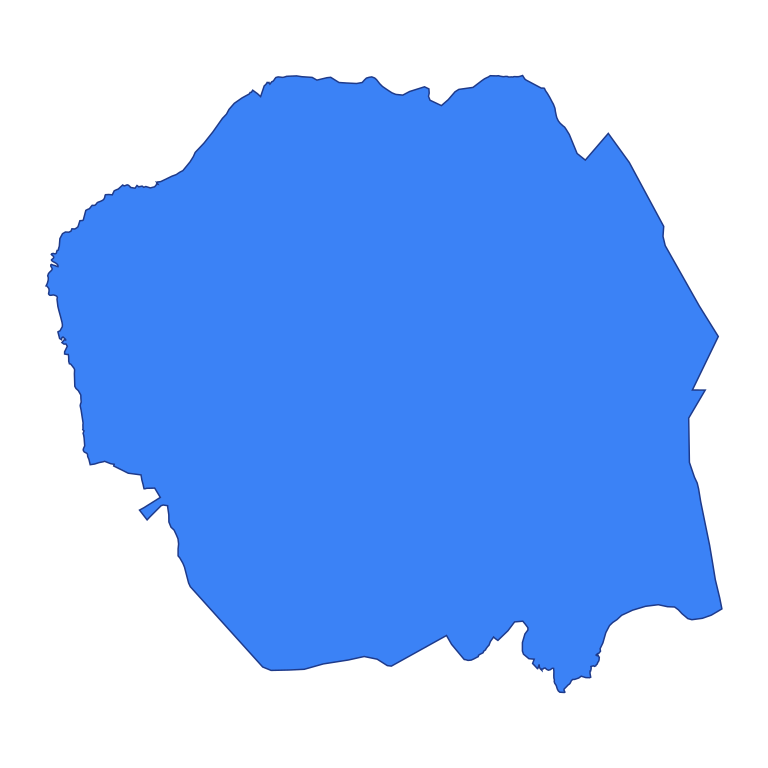 Angangueo, Michoacán, Mexico
{"feature_id": "50627088B88848492345112", "entity_name": "Angangueo", "entity_type": "district", "adm_level": 2, "iso_a3": "MEX", "parent_name": "Mexico", "parent_adm1": "Michoacán", "projection": "natural_earth1", "projection_center": [-100.311, 19.628], "detail": "fine", "context": "isolated", "style": "filled", "palette": "blue", "viewbox_px": 768, "rotation_deg": 0, "n_neighbors": 0, "source": "geoboundaries", "source_scale": "gbopen_adm2", "svg_char_len": 5868}
<svg xmlns="http://www.w3.org/2000/svg" viewBox="0 0 768 768"><path d="M608.3,133.4L604.4,137.9L585.3,160.1L577.1,153.5L569.3,134.5L566.1,129.3L564.6,127.1L562.8,125.7L560.1,123.2L558.3,120.9L556.8,117.7L556.3,115.8L555.4,111.5L555.0,108.6L554.7,107.6L553.4,104.2L552.0,101.7L549.7,97.3L547.2,93.1L546.1,91.6L545.3,90.3L544.6,88.7L544.2,88.2L543.0,88.1L541.3,88.1L539.0,86.9L526.2,80.1L524.8,79.0L523.4,76.8L522.6,75.5L519.8,76.4L518.3,76.7L516.2,76.7L515.0,76.6L514.0,76.6L512.9,77.0L511.2,76.9L510.1,77.0L508.7,77.0L508.2,76.9L507.6,76.5L506.5,76.4L505.7,76.4L503.7,76.7L502.6,76.6L500.2,76.2L498.5,75.7L496.7,75.9L492.7,75.8L490.4,75.7L489.6,76.1L488.5,76.9L486.7,77.7L484.5,78.8L481.9,80.6L473.0,87.4L458.8,89.4L455.0,91.8L448.2,99.7L441.4,105.6L430.0,100.2L428.5,96.3L429.2,93.1L428.9,88.9L424.5,86.8L409.6,91.5L402.8,95.1L395.8,94.4L391.9,92.8L387.3,89.8L382.5,86.5L379.7,83.7L376.5,79.6L374.7,78.0L371.8,76.9L369.1,77.3L366.4,78.1L364.6,79.8L362.2,82.5L356.6,83.5L346.4,83.0L339.0,82.5L330.7,77.3L327.0,77.7L316.9,80.1L312.2,77.4L301.8,76.7L296.6,75.9L286.7,76.3L283.9,77.2L282.3,77.4L281.0,77.2L278.1,76.9L275.9,77.5L274.8,78.8L274.0,80.1L272.8,81.4L271.8,81.7L269.9,84.1L268.9,82.4L268.1,82.9L267.2,82.4L265.9,84.4L264.2,85.9L260.6,96.6L257.5,93.7L252.7,90.2L251.3,92.4L250.2,92.4L249.2,94.0L245.5,96.0L241.9,98.0L234.3,103.3L229.0,109.4L226.5,114.1L222.4,118.4L212.8,132.0L203.9,143.2L195.2,152.4L193.4,156.5L190.1,161.8L182.9,170.6L179.8,172.2L176.0,174.7L172.1,176.1L160.7,181.6L157.5,182.0L157.4,182.6L156.7,182.4L157.9,184.2L156.6,183.9L156.2,185.0L154.6,186.8L150.3,187.9L145.8,186.5L143.8,187.3L142.1,186.1L138.7,186.8L137.0,185.5L135.0,188.2L130.4,187.4L130.2,186.8L128.7,185.4L127.7,184.9L126.6,185.0L125.3,185.6L124.1,185.9L122.7,185.0L118.3,189.0L116.1,189.9L114.2,190.8L112.3,194.8L108.8,194.5L105.6,194.7L105.1,195.2L105.0,196.0L104.7,197.3L104.2,198.6L103.4,199.7L102.2,200.5L100.3,201.4L98.0,202.2L96.9,203.0L96.0,204.3L94.8,205.3L93.1,205.4L92.2,205.3L91.4,206.2L89.4,208.7L87.4,209.5L85.8,210.4L83.3,219.9L82.6,220.5L79.9,220.7L78.0,226.7L76.5,228.0L74.7,229.0L71.9,228.8L71.0,231.1L68.9,232.2L65.4,232.0L62.5,233.7L59.9,238.6L59.3,246.2L58.5,248.7L58.4,249.8L57.8,250.4L57.1,250.4L56.6,251.9L56.5,252.9L55.7,253.7L54.5,253.8L53.1,253.4L51.7,253.8L51.3,254.4L51.8,255.0L53.0,255.9L53.6,256.7L53.7,257.7L53.2,258.4L52.7,258.8L51.9,259.4L51.4,260.0L51.9,260.8L53.0,261.6L55.1,262.7L55.8,263.1L57.5,264.5L58.0,265.7L58.0,266.6L57.1,266.5L55.1,265.6L53.1,265.1L51.4,264.4L50.8,264.9L50.8,266.2L51.6,267.5L52.3,269.0L51.5,270.4L49.8,272.0L48.5,273.5L47.7,275.8L48.3,277.7L48.2,280.1L47.3,283.4L46.1,285.8L46.6,285.8L48.0,287.4L48.8,288.5L49.1,290.2L48.9,292.2L48.6,293.2L48.6,294.0L49.5,295.1L50.3,295.3L51.7,295.2L53.3,294.9L55.4,295.5L56.7,296.2L57.4,297.4L57.0,299.2L57.9,306.5L58.9,310.6L60.7,317.2L62.0,322.3L62.4,324.7L62.3,326.7L60.0,330.8L58.7,331.4L57.9,331.9L58.6,334.6L59.1,336.5L59.6,338.5L61.5,339.7L62.0,337.5L63.0,337.0L65.6,339.4L65.6,340.0L64.2,339.8L61.9,342.6L64.0,344.1L66.0,344.0L67.0,345.8L67.3,346.2L64.6,351.8L64.6,354.0L66.5,354.4L68.3,354.5L68.6,356.3L68.7,358.8L68.7,361.2L69.4,363.8L70.6,364.0L71.4,364.9L74.1,368.4L74.6,369.8L74.4,373.7L74.8,386.3L76.0,388.5L78.3,390.6L80.3,394.1L80.8,395.1L80.9,398.3L81.2,402.2L80.7,403.4L80.2,405.4L80.3,406.4L81.1,410.1L83.1,423.1L82.9,424.8L83.0,428.8L82.7,429.6L84.0,430.9L83.1,433.3L83.7,435.4L84.1,438.0L84.7,445.9L83.6,448.2L83.2,449.6L83.4,450.7L84.3,452.0L86.8,453.3L87.5,454.3L87.7,456.6L88.9,459.3L90.2,464.7L94.7,464.0L99.1,462.6L103.1,461.8L104.6,461.3L110.7,463.7L114.2,464.3L113.7,466.0L128.2,473.2L136.5,474.3L141.0,474.9L141.9,480.1L143.1,484.6L143.9,488.3L144.1,488.8L145.3,488.7L146.6,488.3L154.7,488.1L160.3,497.4L143.9,507.7L139.5,510.1L147.1,519.9L150.1,516.7L161.1,505.7L163.2,505.0L167.6,505.7L167.7,507.1L168.8,514.8L168.9,522.0L171.0,527.2L174.1,530.1L176.4,535.0L178.0,538.8L178.6,544.0L178.1,548.9L178.1,555.9L179.8,557.9L182.9,563.3L184.5,567.2L188.6,583.0L190.3,586.7L262.7,667.0L271.1,670.4L289.2,670.0L304.2,669.3L323.4,663.9L348.3,660.0L364.2,656.5L377.2,659.2L387.3,665.6L391.4,666.1L446.5,635.5L451.6,644.4L464.2,659.5L465.8,659.7L468.0,660.4L471.2,660.1L473.9,658.9L476.5,657.5L478.3,656.6L478.5,655.3L480.2,654.2L483.0,652.8L483.8,651.1L485.5,649.9L486.2,648.5L487.9,646.3L488.9,645.4L490.4,641.5L493.6,637.0L494.2,637.6L495.2,638.5L496.1,639.2L497.9,640.4L507.9,630.8L514.6,621.9L522.8,621.2L525.2,624.1L527.9,627.7L527.9,630.0L524.9,634.0L522.4,642.6L522.4,651.0L523.5,654.2L528.9,658.7L534.2,659.2L532.6,663.5L537.5,668.7L537.8,668.6L539.2,664.4L539.3,666.6L540.1,668.6L541.9,670.4L541.7,669.0L543.0,669.0L543.3,668.7L544.1,668.1L545.3,668.1L545.9,668.7L546.5,669.3L548.4,670.2L550.3,669.7L552.2,668.3L553.6,668.4L553.9,671.5L553.8,675.3L553.9,678.0L554.4,680.0L554.2,681.5L554.7,683.2L556.2,685.5L557.3,689.0L558.3,690.9L559.8,692.2L562.9,692.4L564.3,692.5L564.9,692.1L564.0,690.2L564.1,689.1L568.4,684.7L569.4,684.1L570.2,683.1L571.3,680.8L572.6,679.5L574.6,679.4L578.8,678.0L581.2,676.2L585.8,677.6L589.6,677.7L590.7,677.2L590.0,673.2L590.1,671.0L590.6,671.0L591.0,669.5L591.2,667.8L590.9,666.5L593.4,665.8L594.4,666.4L595.8,665.8L596.0,665.2L596.8,664.4L597.3,663.9L597.7,662.4L598.4,661.7L599.0,660.3L599.3,657.3L599.1,657.2L597.9,654.9L597.2,655.8L596.1,655.0L597.7,653.5L598.9,653.2L600.5,651.2L600.1,648.7L602.9,642.9L605.8,632.7L609.5,625.6L612.7,622.5L617.0,619.6L621.6,615.3L632.5,610.2L645.5,606.3L658.3,604.7L667.5,606.7L674.6,607.0L678.4,609.8L681.9,613.6L687.8,618.6L691.9,619.7L702.4,618.3L711.4,615.1L721.9,608.9L719.7,597.9L715.3,579.6L712.7,563.6L709.6,545.2L705.1,523.3L700.7,501.7L698.6,488.9L697.2,483.0L694.5,477.3L689.4,462.4L688.7,418.1L705.2,390.1L692.4,390.0L718.3,336.5L699.3,306.0L665.2,245.6L663.0,236.4L663.7,226.4L629.3,162.5L608.7,134.0L608.3,133.4Z" fill="#3b82f6" stroke="#1e3a8a" stroke-width="1.5"/></svg>